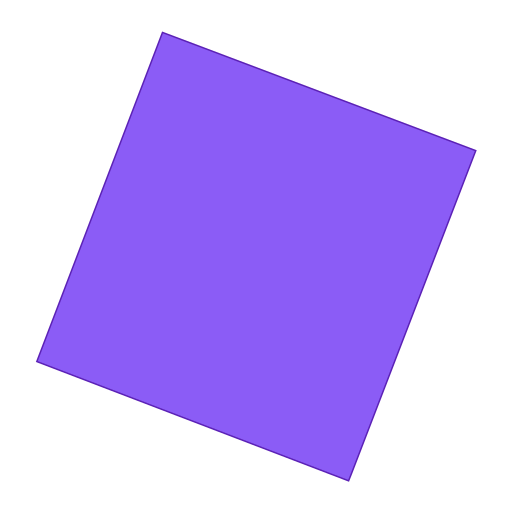 outline of Garfield, Nebraska, United States of America, rotated 291°
{"feature_id": "52423323B80669702890188", "entity_name": "Garfield", "entity_type": "district", "adm_level": 2, "iso_a3": "USA", "parent_name": "United States of America", "parent_adm1": "Nebraska", "projection": "natural_earth1", "projection_center": [-98.989, 41.914], "detail": "fine", "context": "isolated", "style": "filled", "palette": "violet", "viewbox_px": 512, "rotation_deg": 291, "n_neighbors": 0, "source": "geoboundaries", "source_scale": "gbopen_adm2", "svg_char_len": 238}
<svg xmlns="http://www.w3.org/2000/svg" viewBox="0 0 512 512"><g transform="rotate(291 256 256)"><path d="M433.1,423.4L431.2,88.6L78.9,89.2L79.3,423.0L86.8,423.1L433.1,423.4Z" fill="#8b5cf6" stroke="#5b21b6" stroke-width="1.5"/></g></svg>